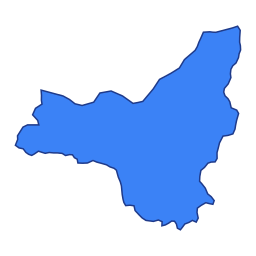 Ceres, Goiás, Brazil (Robinson projection)
{"feature_id": "56859067B10166822363593", "entity_name": "Ceres", "entity_type": "district", "adm_level": 2, "iso_a3": "BRA", "parent_name": "Brazil", "parent_adm1": "Goiás", "projection": "robinson", "projection_center": [-49.639, -15.273], "detail": "fine", "context": "isolated", "style": "filled", "palette": "blue", "viewbox_px": 256, "rotation_deg": 0, "n_neighbors": 0, "source": "geoboundaries", "source_scale": "gbopen_adm2", "svg_char_len": 1837}
<svg xmlns="http://www.w3.org/2000/svg" viewBox="0 0 256 256"><path d="M196.2,222.1L198.2,218.1L197.0,212.4L197.4,208.1L201.1,205.4L205.8,202.7L209.3,203.6L212.9,204.3L214.2,200.6L211.3,196.8L207.7,193.9L205.3,188.2L201.8,183.7L199.6,181.3L199.8,176.5L200.9,170.4L204.5,167.4L207.9,163.2L211.0,162.1L215.1,161.9L217.1,158.5L217.0,152.7L218.2,148.2L219.5,142.9L223.0,136.1L228.0,135.4L232.9,133.9L235.0,129.1L235.6,125.2L236.6,120.4L238.6,113.5L236.7,110.1L231.2,107.8L229.8,101.8L228.0,98.7L225.0,95.8L223.7,92.1L224.4,88.4L228.2,83.9L230.9,77.6L230.4,73.8L230.9,69.3L232.8,65.7L236.0,63.0L238.5,57.6L239.1,53.8L240.6,50.0L240.4,45.7L239.6,42.2L239.7,37.4L240.2,30.3L237.6,26.2L232.6,27.9L215.9,32.3L212.9,32.2L209.9,31.8L203.4,32.2L201.0,37.7L199.0,42.0L197.3,46.6L195.1,50.4L184.5,59.5L179.4,68.0L170.9,73.3L159.5,79.4L153.2,89.0L142.8,101.4L138.0,102.5L133.0,103.4L122.6,96.0L111.1,91.0L99.9,93.0L96.6,97.9L93.7,102.2L82.1,105.5L75.0,103.8L69.5,99.5L63.1,96.0L41.1,90.1L41.5,95.3L41.4,100.2L42.0,104.1L35.5,108.3L32.6,114.8L37.7,120.4L38.8,124.9L27.5,124.9L23.0,127.1L17.5,135.8L17.7,139.4L15.4,145.3L19.0,147.9L23.2,148.8L25.9,152.4L28.6,154.3L31.7,155.4L34.3,154.0L38.4,151.2L42.2,152.4L45.2,153.3L49.2,152.5L53.5,152.9L57.2,152.9L62.2,153.4L65.5,155.5L69.6,154.6L72.5,154.8L74.4,157.7L77.2,159.2L77.9,163.0L82.7,163.2L87.5,163.0L93.0,160.5L96.8,162.1L101.3,163.3L106.5,164.8L110.0,166.9L114.1,168.3L116.4,170.2L118.3,177.1L120.3,181.8L121.4,185.8L121.8,189.9L122.2,194.4L123.0,199.1L123.9,202.5L125.7,205.6L130.0,205.2L134.0,205.8L135.1,210.6L139.4,215.2L142.1,217.9L145.9,220.4L153.4,221.4L158.4,220.0L162.1,221.7L161.9,225.8L165.4,224.9L168.7,223.1L171.6,221.1L174.5,221.2L176.4,224.0L177.4,228.2L180.4,229.8L182.3,227.4L184.8,224.0L189.0,222.4L192.4,220.4L196.2,222.1Z" fill="#3b82f6" stroke="#1e3a8a" stroke-width="1.5"/></svg>